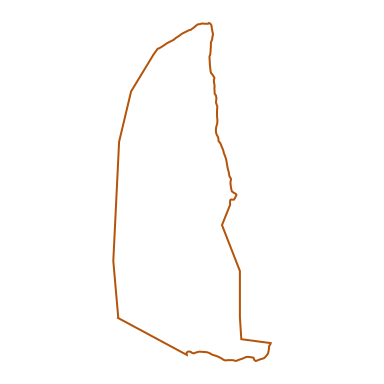 San Antonio, Copán, Honduras
{"feature_id": "27666195B4235748458284", "entity_name": "San Antonio", "entity_type": "district", "adm_level": 2, "iso_a3": "HND", "parent_name": "Honduras", "parent_adm1": "Copán", "projection": "equal_earth", "projection_center": [-88.864, 15.06], "detail": "fine", "context": "isolated", "style": "outline", "palette": "amber", "viewbox_px": 384, "rotation_deg": 0, "n_neighbors": 0, "source": "geoboundaries", "source_scale": "gbopen_adm2", "svg_char_len": 5622}
<svg xmlns="http://www.w3.org/2000/svg" viewBox="0 0 384 384"><path d="M117.9,317.9L186.8,354.9L186.6,353.0L186.6,352.9L186.8,352.7L187.0,352.4L187.1,352.2L187.4,352.0L187.7,351.8L188.0,351.7L188.5,351.5L188.8,351.5L189.3,351.5L189.8,351.6L190.4,351.8L190.8,351.9L191.1,352.1L191.4,352.4L191.8,352.7L192.0,352.9L192.2,353.0L192.5,353.1L193.2,353.2L193.5,353.3L193.9,353.3L194.3,353.2L194.8,353.0L195.7,352.6L196.4,352.4L197.5,352.1L198.9,351.7L199.1,351.7L199.3,351.7L199.9,351.7L206.2,352.1L206.7,352.2L207.3,352.3L208.0,352.6L208.8,352.8L209.6,353.2L210.1,353.4L210.5,353.7L211.5,354.3L211.9,354.5L212.4,354.7L213.1,355.0L214.9,355.5L216.3,356.0L217.3,356.3L218.3,356.8L218.8,357.0L219.8,357.5L220.7,358.0L221.7,358.5L222.1,358.8L223.2,359.6L223.6,359.8L223.9,359.9L224.3,360.1L224.8,360.3L225.2,360.3L225.8,360.4L226.1,360.4L226.4,360.4L226.8,360.3L227.4,360.2L227.7,360.1L228.0,360.1L228.7,360.1L230.6,360.1L232.0,360.1L232.6,360.2L233.5,360.3L234.2,360.5L235.1,360.8L235.4,360.8L235.7,360.9L236.2,360.8L236.5,360.8L237.0,360.6L238.1,360.1L238.8,359.8L241.5,359.0L242.5,358.6L243.2,358.3L244.3,357.8L244.8,357.6L245.7,357.2L246.2,357.1L247.0,356.9L247.5,356.9L248.0,356.9L248.6,356.9L250.7,357.2L252.5,357.5L253.3,357.7L253.4,357.8L253.5,357.8L253.7,358.0L253.8,358.2L253.8,358.4L253.9,358.8L254.0,359.1L254.1,359.5L254.3,359.8L254.4,360.0L254.7,360.2L255.2,360.7L255.6,360.9L255.8,361.0L256.2,360.9L256.7,360.7L258.3,360.0L259.4,359.6L260.9,359.1L261.6,358.9L263.1,358.5L263.7,358.3L264.2,358.0L264.5,357.8L265.2,357.1L266.0,356.1L266.6,355.5L267.1,354.8L267.7,354.0L267.9,353.6L268.1,353.1L268.3,352.1L268.6,350.9L268.7,350.2L268.8,349.6L268.9,348.9L269.0,348.0L269.1,347.1L269.1,346.2L269.3,345.9L269.5,345.5L269.8,345.0L270.1,344.7L270.5,343.8L270.7,343.1L241.3,339.2L239.9,317.1L239.9,271.0L222.0,225.1L230.2,204.6L230.1,204.0L230.1,203.6L230.0,203.0L230.0,202.5L230.1,201.7L230.1,201.0L230.2,200.5L230.2,200.3L230.3,200.2L230.5,199.9L230.7,199.7L231.0,199.6L231.5,199.5L232.6,199.7L233.1,199.7L233.8,199.7L234.3,199.1L234.8,198.2L235.6,196.9L235.8,196.4L236.0,196.0L236.3,195.5L236.4,195.1L236.4,194.8L236.3,194.6L236.2,194.5L235.9,194.1L235.5,193.7L235.2,193.5L234.8,193.3L233.8,192.8L233.5,192.6L232.9,192.1L232.2,191.6L231.9,191.3L231.8,191.0L231.7,190.8L231.5,190.1L231.3,189.0L231.0,187.5L230.7,185.4L230.6,184.6L230.5,183.8L230.5,182.9L230.5,182.5L230.5,182.1L230.7,180.8L230.9,180.1L231.0,179.0L231.0,178.9L230.9,178.7L230.5,178.0L230.1,177.4L229.4,176.1L229.3,175.8L229.3,175.6L229.2,175.0L229.1,174.2L228.5,171.1L228.2,170.1L227.8,168.8L227.6,167.8L227.3,166.0L227.1,164.8L226.7,162.7L226.5,161.3L226.3,160.1L226.1,159.2L226.0,158.8L225.9,158.4L225.7,157.9L223.9,153.1L223.7,152.5L223.6,151.7L223.4,151.1L223.3,150.8L223.1,150.0L222.5,148.5L221.5,146.2L221.4,145.8L221.1,145.0L221.0,144.6L220.9,144.4L220.7,144.0L220.2,143.2L219.9,142.7L219.4,142.0L219.2,141.8L218.8,141.4L218.6,141.2L218.5,140.8L218.5,140.6L218.5,139.8L218.5,139.5L218.5,139.2L218.4,138.8L218.2,137.9L218.0,137.1L217.8,136.6L217.5,136.2L217.3,135.8L217.1,135.5L216.9,135.1L216.7,134.7L216.5,134.0L216.3,133.5L216.2,133.1L216.1,132.6L216.0,132.2L216.0,131.5L215.9,131.1L215.9,130.4L216.0,129.3L216.0,128.6L216.1,127.9L216.2,127.0L216.4,126.3L216.6,125.6L216.9,124.7L217.0,124.3L217.1,123.8L217.2,123.3L217.3,122.5L217.3,122.0L217.4,121.4L217.4,120.8L217.4,119.8L217.3,119.0L217.1,117.4L217.1,116.4L217.0,115.7L217.0,112.8L217.0,112.3L217.0,111.3L217.2,108.1L217.3,106.3L217.2,106.2L216.1,103.0L216.0,102.7L216.0,102.1L216.1,101.3L216.2,100.3L216.3,99.5L216.3,98.9L216.4,98.4L216.3,97.6L216.3,97.2L216.2,96.9L216.1,96.3L216.0,95.7L215.8,95.4L215.7,95.1L215.6,94.9L215.4,94.7L215.0,94.3L214.9,94.2L214.8,93.9L214.7,93.8L214.7,93.6L214.4,88.2L214.4,87.9L214.4,87.7L214.6,86.9L214.6,86.6L214.6,86.4L214.3,83.7L214.1,83.1L214.1,82.9L214.0,82.7L214.0,82.4L213.9,81.6L213.9,80.5L213.9,80.1L213.9,79.7L214.0,79.4L214.1,79.1L214.2,78.9L214.3,78.6L214.3,78.4L214.4,78.2L214.4,77.9L214.3,77.7L214.1,77.3L214.0,77.0L213.6,76.4L213.0,75.5L212.1,74.2L211.8,73.9L211.4,73.5L211.3,73.3L211.1,73.0L211.0,72.7L210.9,72.4L210.7,71.8L210.6,71.2L210.5,70.6L210.2,67.6L209.9,65.2L209.8,63.6L209.8,62.8L209.5,57.9L209.5,56.9L209.5,56.6L209.6,56.3L209.6,56.1L209.7,55.9L209.9,55.5L210.0,55.1L210.1,54.8L210.2,54.5L210.3,54.0L210.5,52.0L210.6,50.9L210.6,50.4L210.6,49.4L210.6,48.9L210.7,48.4L210.8,47.9L210.8,47.5L210.9,44.0L210.9,42.6L211.0,42.2L211.1,41.9L211.4,41.3L211.7,40.7L212.0,39.7L212.2,39.1L212.3,38.8L212.3,38.6L212.3,38.4L212.3,37.8L212.3,37.4L212.4,37.1L212.4,36.8L212.7,36.1L212.8,35.7L212.9,35.0L212.9,34.6L213.0,34.4L212.9,34.2L212.9,33.8L212.4,31.3L211.8,28.2L211.7,27.4L211.6,26.3L211.5,25.8L211.4,25.5L211.3,25.1L211.2,24.9L211.0,24.5L210.7,24.2L210.2,23.7L209.9,23.4L209.5,23.2L209.3,23.1L209.1,23.1L208.9,23.0L208.7,23.1L208.5,23.3L208.4,23.5L208.2,23.7L207.0,23.8L204.4,23.7L203.7,23.7L202.6,23.5L202.2,23.5L201.8,23.6L201.4,23.6L200.6,23.9L200.1,24.1L199.4,24.2L198.8,24.2L198.3,24.3L198.0,24.4L197.7,24.5L197.3,24.7L196.9,25.0L196.2,25.5L195.8,25.8L195.4,26.2L194.6,27.0L194.0,27.4L193.7,27.7L192.2,28.7L191.3,29.4L191.0,29.7L190.7,29.8L190.4,29.9L189.3,30.2L189.1,30.2L188.6,30.4L184.6,32.4L181.7,33.9L181.3,34.2L180.3,35.0L179.4,35.7L178.9,36.0L177.4,37.0L176.4,37.6L176.0,37.9L175.5,38.2L175.1,38.6L174.3,39.3L174.0,39.5L173.8,39.7L173.5,39.9L172.9,40.2L168.0,42.7L167.5,42.9L166.9,43.3L165.7,44.1L164.3,45.1L160.9,47.3L159.6,48.0L159.3,48.2L159.1,48.3L158.6,48.5L158.0,48.6L157.9,48.7L157.7,48.8L157.4,49.1L153.6,54.4L131.1,91.4L119.1,141.7L113.3,261.0L118.2,317.0L117.9,317.9Z" fill="none" stroke="#b45309" stroke-width="2"/></svg>